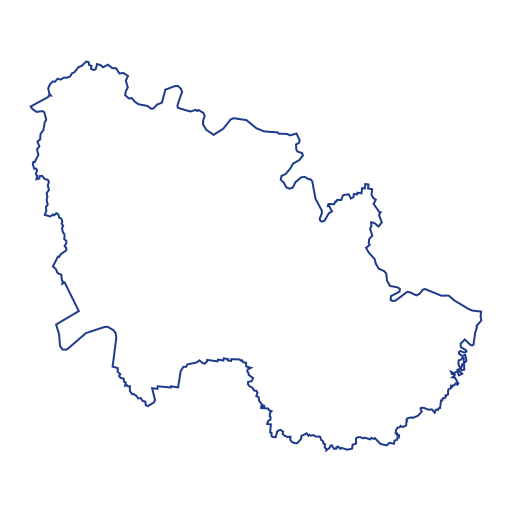 outline of Rockhampton, Queensland, Australia
{"feature_id": "25037944B96392818490355", "entity_name": "Rockhampton", "entity_type": "district", "adm_level": 2, "iso_a3": "AUS", "parent_name": "Australia", "parent_adm1": "Queensland", "projection": "natural_earth1", "projection_center": [150.365, -23.417], "detail": "fine", "context": "isolated", "style": "outline", "palette": "blue", "viewbox_px": 512, "rotation_deg": 0, "n_neighbors": 0, "source": "geoboundaries", "source_scale": "gbopen_adm2", "svg_char_len": 5979}
<svg xmlns="http://www.w3.org/2000/svg" viewBox="0 0 512 512"><path d="M374.9,438.1L380.6,444.0L386.8,445.4L389.2,442.9L394.0,443.7L394.5,440.6L397.0,439.8L397.6,437.3L398.8,437.5L399.1,435.2L397.0,434.9L397.2,433.5L395.6,433.2L396.0,430.1L397.6,427.7L399.9,427.1L400.6,425.9L402.9,427.1L406.2,425.4L406.3,422.1L407.2,421.2L406.4,419.6L407.3,418.4L411.5,417.3L412.6,418.0L417.9,415.8L421.8,411.5L420.5,408.8L420.9,407.9L423.7,407.8L428.5,409.7L431.9,409.4L434.7,412.7L435.9,409.7L438.1,409.8L438.4,408.5L440.0,408.1L441.1,400.3L442.4,400.3L442.8,398.3L444.8,398.1L446.0,396.3L445.5,395.6L448.1,394.4L448.0,390.8L448.7,389.3L451.1,388.0L451.0,385.9L452.3,386.5L452.5,385.5L454.2,385.3L455.8,383.3L457.4,384.7L458.3,383.5L454.9,377.6L452.4,377.3L454.7,375.3L454.6,374.1L452.0,374.0L451.0,371.8L454.2,373.3L457.3,371.1L458.9,375.3L462.2,373.8L457.8,369.6L460.6,368.6L461.9,370.3L464.3,369.6L464.0,363.7L462.4,364.0L461.2,367.8L459.4,366.7L458.4,363.9L458.6,360.4L461.2,359.5L462.7,357.5L463.7,358.2L463.8,361.8L465.4,362.1L466.5,360.6L465.2,354.9L462.3,356.0L458.9,353.7L459.2,351.8L460.2,351.0L464.2,352.6L466.4,351.6L465.9,350.1L460.9,347.2L460.6,343.7L464.8,339.5L470.1,344.6L472.0,345.5L473.5,344.6L475.2,332.6L477.0,327.0L476.6,325.9L481.3,320.5L480.6,316.1L481.1,311.6L472.5,310.6L468.7,309.1L454.7,300.7L448.7,295.6L441.4,295.7L424.9,289.0L422.8,289.7L419.5,293.8L416.3,295.4L410.0,292.3L407.2,291.9L395.4,300.7L392.1,300.9L390.6,299.8L391.0,296.1L399.5,291.7L399.9,288.9L397.6,287.4L390.0,285.9L387.0,280.6L386.2,273.4L384.0,271.0L378.7,268.7L375.8,263.7L374.7,259.1L368.8,252.7L366.1,247.8L369.7,244.9L368.7,243.4L369.3,238.8L372.3,235.7L370.1,228.9L371.4,226.0L371.1,222.3L374.2,222.9L378.5,226.5L381.8,222.5L379.0,215.0L380.6,212.3L379.3,212.0L373.6,203.9L375.8,199.7L373.5,198.2L371.5,194.9L372.2,189.2L368.0,188.5L368.5,184.5L365.3,184.0L364.8,188.5L362.1,188.1L361.5,193.3L357.4,192.7L357.1,194.4L353.9,194.0L353.5,197.1L350.8,198.5L348.8,194.3L343.9,195.0L342.8,195.6L341.3,200.0L337.2,199.9L336.4,201.5L335.3,201.5L334.2,204.2L328.4,204.0L327.8,206.1L329.2,206.1L332.0,211.4L329.0,213.1L324.4,220.8L321.7,221.7L320.1,220.4L319.7,218.7L321.8,213.5L321.8,210.5L315.5,198.8L312.3,181.4L310.5,179.3L308.4,179.1L304.8,176.9L301.2,177.3L295.4,182.3L292.7,187.7L289.7,188.7L286.3,187.4L283.9,182.7L280.7,179.6L281.5,176.0L285.6,174.0L290.2,168.7L293.1,163.6L299.4,160.0L302.9,155.4L302.1,153.1L297.4,151.5L296.3,149.5L296.0,144.5L298.9,142.9L299.7,140.4L296.5,133.5L290.2,135.4L286.9,133.9L278.8,133.7L277.6,132.4L264.1,131.4L256.3,128.2L246.4,120.1L233.5,118.2L230.5,119.6L223.2,128.8L213.6,134.8L206.3,129.8L203.0,124.4L203.2,120.4L204.7,115.9L203.3,112.8L198.4,110.0L197.0,111.0L195.7,109.9L190.3,111.5L178.0,107.9L177.4,106.0L178.1,103.2L182.1,91.9L180.9,88.7L177.9,86.0L175.5,85.9L165.3,89.7L162.0,102.6L157.0,104.6L153.4,108.6L150.9,108.6L147.6,106.0L138.4,104.2L134.6,101.6L131.8,98.1L128.9,98.5L125.1,95.2L125.9,91.0L127.8,87.4L125.8,80.7L128.0,76.0L123.5,73.0L119.4,73.5L116.1,68.3L112.2,68.1L108.0,64.7L103.0,67.3L101.1,65.4L97.1,64.0L95.7,69.2L93.6,70.0L91.1,68.9L91.4,65.8L89.2,65.1L88.6,62.1L86.1,61.6L81.5,66.1L78.6,67.0L74.3,72.4L71.9,73.3L70.2,76.4L66.7,77.8L63.8,77.6L60.7,79.6L57.7,78.7L54.9,81.7L52.6,81.5L49.8,84.6L48.2,88.4L49.2,93.2L50.9,95.6L48.9,95.5L48.2,97.0L30.7,106.5L32.2,108.8L36.5,111.9L42.4,111.1L44.2,112.1L45.9,118.0L46.2,119.9L44.8,121.9L43.4,130.1L40.6,133.8L40.1,139.5L37.4,141.6L39.4,146.3L37.0,149.4L38.4,154.9L34.7,162.1L33.4,161.9L32.8,164.2L34.1,168.6L36.0,168.6L37.0,170.0L35.9,174.1L37.2,175.9L36.4,179.2L39.3,178.5L39.6,176.1L42.1,175.9L44.9,179.1L47.7,179.7L48.9,181.8L47.8,185.5L49.0,189.9L46.7,193.1L47.4,196.8L46.6,199.9L47.7,204.7L46.0,206.9L46.3,210.8L44.8,214.9L50.3,216.5L53.0,214.5L54.1,215.3L56.4,213.1L58.4,214.5L59.3,217.8L61.2,218.5L62.0,220.2L62.3,221.9L61.5,223.6L63.2,225.9L62.0,228.1L62.7,231.7L64.6,234.8L64.3,239.2L66.4,241.0L66.2,243.3L64.6,246.1L66.0,247.6L66.5,249.5L65.9,250.7L60.9,254.1L59.1,256.9L57.9,256.6L52.9,266.5L55.8,269.0L57.5,273.0L61.3,274.7L61.9,280.2L62.8,281.4L62.3,283.7L64.6,282.4L78.8,311.1L56.1,324.5L59.1,334.4L60.0,345.8L62.4,349.5L66.2,349.7L67.7,348.9L85.9,333.1L104.4,327.0L107.7,326.8L113.4,330.1L115.5,332.9L116.3,337.7L112.6,366.6L117.8,368.1L117.7,371.8L120.3,374.2L119.0,376.0L120.8,378.1L123.7,378.6L124.0,381.7L125.8,382.6L125.1,385.8L126.8,385.1L128.0,386.4L129.9,386.3L129.9,391.0L132.1,394.2L133.7,394.1L136.7,396.1L138.0,398.3L140.9,398.2L142.7,401.0L145.4,401.6L145.7,405.1L147.9,406.1L154.0,402.4L155.0,399.9L152.1,388.2L157.4,388.9L157.7,386.3L170.8,387.5L170.9,386.3L178.1,387.4L180.7,371.1L183.4,366.8L186.1,366.8L187.4,364.4L196.5,362.5L199.5,360.4L202.6,363.1L204.9,363.6L207.0,361.4L207.2,359.9L217.6,361.4L217.9,359.6L223.4,360.5L223.7,358.4L227.8,359.0L227.7,360.4L231.1,360.9L231.3,359.2L239.2,359.4L241.5,360.9L242.0,360.3L243.4,362.4L246.1,362.7L246.1,366.4L250.9,367.8L247.4,369.6L247.4,371.6L248.6,373.2L248.7,374.9L253.1,378.1L251.6,381.2L248.1,381.9L247.8,384.0L249.3,386.0L252.5,387.8L254.1,390.5L256.4,390.8L257.5,392.6L256.3,396.0L258.7,397.2L259.2,401.0L262.4,405.1L264.3,405.8L264.2,406.6L261.3,406.3L261.1,408.0L268.2,408.5L269.1,410.3L271.5,411.2L270.1,412.7L269.7,416.2L270.5,416.9L270.5,419.5L268.2,421.0L267.1,423.9L270.9,424.4L270.1,432.3L271.5,432.8L271.5,436.0L272.4,436.9L275.6,437.3L277.3,431.2L280.3,429.8L283.1,431.5L282.7,434.0L284.5,435.7L287.8,437.1L290.4,436.7L290.2,439.6L291.4,441.5L294.3,443.1L297.2,443.2L301.0,439.0L301.4,435.9L306.7,433.3L308.4,435.7L309.5,434.8L310.5,435.6L313.1,435.1L316.4,436.7L319.2,436.5L320.2,436.9L321.1,439.8L323.2,441.4L323.3,443.5L325.1,444.3L324.7,447.4L326.2,448.8L326.3,450.4L329.9,447.6L330.5,445.6L331.8,445.3L334.0,448.9L336.5,448.6L336.3,447.4L337.8,446.5L340.5,448.8L341.3,447.8L347.3,449.7L352.1,448.6L352.6,444.8L356.1,443.5L355.9,438.8L357.2,437.4L360.1,437.1L363.4,438.4L364.7,437.6L370.1,439.4L371.3,437.9L373.9,438.9L374.9,438.1Z" fill="none" stroke="#1e3a8a" stroke-width="2"/></svg>